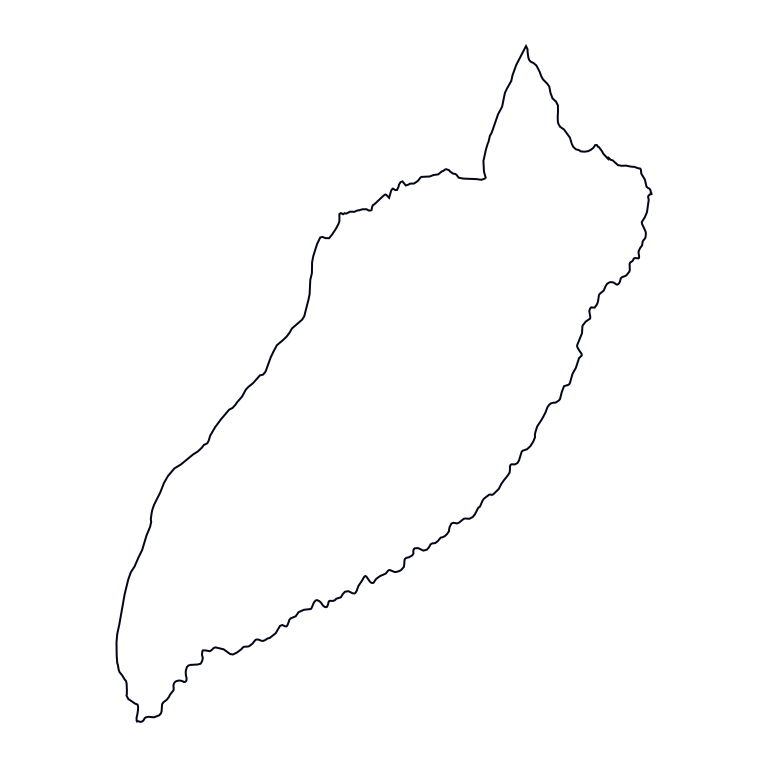 Tibacuy, Cundinamarca, Colombia (Equal Earth projection)
{"feature_id": "7082276B3061851186589", "entity_name": "Tibacuy", "entity_type": "district", "adm_level": 2, "iso_a3": "COL", "parent_name": "Colombia", "parent_adm1": "Cundinamarca", "projection": "equal_earth", "projection_center": [-74.469, 4.323], "detail": "fine", "context": "isolated", "style": "outline", "palette": "ink", "viewbox_px": 768, "rotation_deg": 0, "n_neighbors": 0, "source": "geoboundaries", "source_scale": "gbopen_adm2", "svg_char_len": 6107}
<svg xmlns="http://www.w3.org/2000/svg" viewBox="0 0 768 768"><path d="M126.5,695.6L128.3,699.0L135.2,703.7L137.1,704.3L137.7,705.0L138.1,706.9L138.0,710.2L137.2,715.2L136.6,717.4L136.6,720.4L137.0,721.5L138.2,721.2L140.2,721.9L142.1,721.5L143.3,720.6L144.8,718.1L146.1,717.2L148.6,716.8L154.0,717.3L159.2,715.3L160.9,713.4L161.6,711.3L162.1,704.2L163.4,702.3L166.8,699.7L168.9,697.0L170.1,694.6L173.6,690.1L173.7,687.4L173.4,686.1L173.7,684.3L174.3,682.8L175.2,681.8L176.5,681.1L178.3,680.6L180.5,680.6L182.6,681.2L183.9,682.0L185.3,681.8L186.2,681.0L186.5,679.9L186.5,677.7L185.9,675.2L185.7,672.3L185.9,670.2L186.9,667.1L188.3,665.6L190.6,664.9L197.7,664.5L200.4,663.8L201.2,662.9L202.4,660.3L202.8,657.8L202.0,655.0L202.3,651.3L202.9,650.4L205.4,650.4L209.8,651.2L211.1,650.5L213.9,647.9L215.5,647.4L223.6,649.3L230.1,654.0L232.9,654.5L237.0,652.5L241.5,649.1L242.7,647.6L243.9,646.8L248.2,646.5L249.3,646.1L252.4,643.7L255.3,640.1L256.3,639.5L258.1,639.5L261.5,640.8L263.2,640.9L265.0,640.2L267.5,638.5L269.8,637.9L275.7,633.2L280.0,625.9L282.3,625.0L285.1,626.3L286.4,626.4L287.2,625.6L288.0,623.9L289.4,619.8L290.8,618.3L295.7,616.3L298.5,612.2L303.9,609.8L310.8,609.0L311.6,608.0L313.9,602.5L315.6,600.5L317.0,600.1L319.4,601.2L321.2,602.9L322.7,605.2L324.4,606.8L326.1,607.2L327.0,606.8L328.0,604.5L328.6,601.9L329.4,600.9L333.3,600.9L335.0,600.1L336.3,598.7L340.9,597.3L342.7,594.2L345.0,591.7L348.5,591.2L352.7,593.3L354.3,593.5L355.0,593.2L355.7,592.5L356.7,590.8L358.4,586.0L362.1,580.5L364.2,576.8L365.3,576.0L366.4,576.6L370.1,581.9L371.4,582.8L372.5,583.0L373.6,582.7L375.9,579.2L378.2,577.4L380.0,576.1L385.7,573.6L387.8,571.0L388.8,570.2L389.7,570.0L394.9,572.1L397.8,571.6L400.8,570.3L403.5,567.4L403.9,566.7L404.2,565.2L404.5,560.1L405.0,558.9L406.4,557.8L408.6,557.4L412.0,555.6L413.4,553.7L413.3,550.6L414.1,548.8L414.7,548.3L418.1,548.1L423.4,550.6L426.9,549.7L428.8,547.5L430.7,544.2L432.3,543.4L435.2,543.1L437.7,541.2L440.7,537.6L442.4,537.3L444.7,536.2L447.1,534.0L449.1,531.0L449.0,530.1L449.6,527.1L451.4,523.5L453.6,522.8L456.8,523.4L457.8,523.2L458.9,522.7L463.8,518.8L465.4,518.5L469.3,518.8L472.6,517.1L474.9,514.3L478.3,507.7L480.0,506.6L482.4,500.9L483.9,498.7L489.1,494.7L490.4,494.5L491.9,494.9L493.2,494.4L498.8,488.9L501.3,484.0L503.8,480.4L507.6,475.7L509.6,472.6L510.0,469.3L509.9,466.8L510.3,465.3L511.4,464.3L514.8,464.4L517.4,463.1L518.9,460.7L521.7,451.7L522.5,450.8L527.1,449.2L530.5,446.0L533.3,441.5L535.0,437.3L534.9,434.7L535.4,432.1L537.3,426.2L541.0,420.7L543.2,416.9L545.5,412.4L547.5,407.1L549.1,404.9L550.9,403.4L553.2,402.7L555.7,402.6L558.8,400.5L560.0,399.1L561.8,392.0L564.0,386.2L568.2,384.9L569.1,384.3L569.9,383.1L572.5,373.9L575.9,367.8L579.0,358.2L581.7,355.5L581.5,353.6L579.9,351.5L577.7,347.9L577.1,346.2L577.2,345.1L582.0,333.2L582.4,326.5L582.8,325.3L585.8,321.5L590.1,318.6L590.3,317.0L589.3,311.2L590.0,308.7L591.3,307.3L594.2,307.7L594.7,307.5L596.1,305.6L597.3,303.6L598.0,301.3L599.0,294.9L600.1,293.5L603.6,290.7L605.6,286.2L607.1,283.8L609.4,282.4L610.9,282.1L613.3,282.4L616.7,284.6L617.6,284.5L619.0,283.5L619.9,281.6L620.7,278.6L621.3,277.8L622.1,277.1L625.3,276.0L626.5,275.2L629.3,271.7L629.8,270.1L629.6,264.1L630.1,262.6L632.1,261.3L633.1,260.1L633.8,258.5L635.4,258.0L638.3,258.4L639.0,257.8L639.1,256.1L638.5,252.6L638.8,250.8L640.2,247.9L642.1,245.4L642.7,241.3L645.4,237.8L645.8,234.8L645.8,232.5L645.3,230.9L642.0,223.8L641.8,222.0L644.8,217.3L646.7,212.9L647.1,211.3L648.7,200.0L648.1,196.6L648.4,195.9L649.6,194.5L651.5,194.1L651.4,193.4L650.9,193.5L650.6,190.6L650.0,189.5L649.4,188.6L648.0,188.0L646.5,186.6L644.9,179.7L641.3,173.6L640.9,169.9L640.5,169.0L640.2,168.6L637.7,168.1L634.5,166.9L630.9,166.6L625.8,165.6L621.5,165.8L617.9,165.1L612.6,160.3L610.4,159.7L609.2,158.2L608.4,157.7L608.1,158.9L603.5,154.0L601.7,150.8L599.0,147.2L597.8,146.6L597.2,145.4L596.7,145.0L595.2,145.1L593.3,147.9L590.7,149.9L588.1,151.2L584.5,151.7L580.8,151.4L578.9,150.1L575.9,149.3L573.3,146.9L571.8,143.9L569.9,137.6L564.0,129.5L560.1,126.8L558.4,123.8L557.9,122.3L557.7,117.3L558.0,111.3L557.9,105.4L556.0,101.6L552.5,98.4L550.4,92.6L549.3,86.6L547.1,83.5L542.9,79.3L541.2,76.1L539.7,71.9L536.4,65.5L533.5,63.0L530.8,61.8L529.4,60.3L528.4,57.9L527.6,52.1L527.5,49.1L526.0,46.1L516.3,64.8L512.5,75.3L511.3,80.9L507.0,88.5L504.9,93.0L502.1,106.7L498.0,114.4L492.8,129.6L491.4,133.3L489.9,135.8L488.5,142.0L487.8,143.3L485.9,149.6L483.4,161.1L484.0,171.8L485.7,177.7L484.8,178.6L481.3,179.8L476.3,179.1L463.4,178.6L458.7,177.7L456.5,174.8L455.3,174.0L452.8,173.5L450.0,171.4L449.1,170.2L446.3,169.2L445.2,169.5L442.9,171.1L441.9,171.3L438.2,174.4L433.6,175.0L429.7,176.5L421.4,176.9L420.3,177.8L418.0,180.8L414.1,183.5L409.9,183.7L408.7,184.5L405.8,185.5L402.5,181.4L400.6,182.1L399.0,184.6L398.6,186.5L397.1,189.9L395.4,190.1L392.9,188.6L391.9,189.4L391.1,190.8L389.1,197.8L386.2,194.8L385.3,194.5L383.7,195.5L374.8,203.9L372.9,205.2L372.3,206.3L371.5,210.1L370.6,210.5L368.7,210.5L366.4,209.2L362.3,209.3L359.1,210.3L357.5,210.4L354.3,211.8L349.9,211.7L346.4,213.6L344.5,213.2L343.3,214.2L342.5,214.1L341.7,213.3L340.6,213.2L339.4,214.1L339.4,221.2L338.7,223.4L336.2,228.3L332.2,234.4L329.1,238.2L325.3,238.1L322.5,236.9L320.2,237.5L317.1,244.0L313.3,256.0L312.1,262.2L311.9,273.2L310.3,279.8L309.6,294.3L308.5,299.6L304.2,316.4L302.2,319.6L291.9,328.5L289.7,332.5L286.7,336.5L282.6,340.4L276.9,345.2L273.5,351.5L270.7,357.4L265.6,371.5L263.1,374.6L259.9,375.4L253.1,383.1L248.5,386.8L245.9,389.5L242.0,396.7L237.4,401.9L235.2,405.0L232.6,407.9L229.1,409.7L220.9,419.4L215.2,427.1L212.3,432.0L210.2,435.7L208.6,440.9L207.3,443.3L203.9,444.9L201.9,447.6L197.8,451.5L193.0,454.5L181.0,464.4L174.3,468.5L167.9,476.1L164.0,482.9L160.2,492.6L154.1,504.7L152.3,509.9L151.6,513.3L150.8,519.1L151.2,521.9L150.1,526.8L146.5,535.5L142.2,549.9L138.7,557.0L134.5,566.6L130.8,572.3L128.2,579.7L124.7,594.0L119.3,624.5L117.2,634.2L116.5,642.5L116.7,655.6L117.2,662.8L118.0,665.5L118.6,669.4L119.6,672.2L122.1,675.2L124.6,679.4L126.0,680.9L126.6,683.5L126.9,690.1L126.8,694.6L126.5,695.6Z" fill="none" stroke="#020617" stroke-width="2"/></svg>